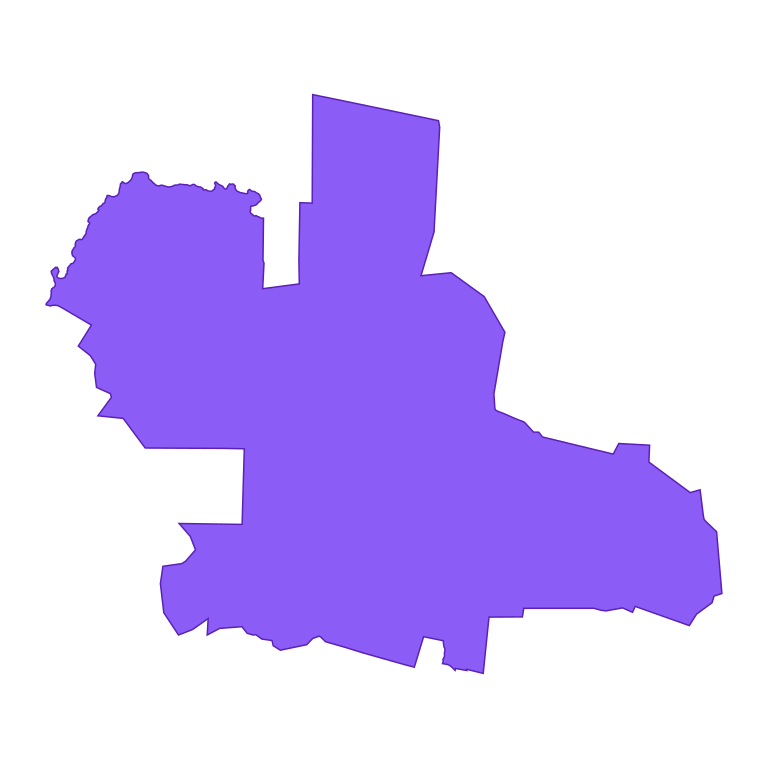 Bavispe, Sonora, Mexico (Albers equal-area conic projection)
{"feature_id": "50627088B39855980825322", "entity_name": "Bavispe", "entity_type": "district", "adm_level": 2, "iso_a3": "MEX", "parent_name": "Mexico", "parent_adm1": "Sonora", "projection": "albers", "projection_center": [-109.2, 30.646], "detail": "fine", "context": "isolated", "style": "filled", "palette": "violet", "viewbox_px": 768, "rotation_deg": 0, "n_neighbors": 0, "source": "geoboundaries", "source_scale": "gbopen_adm2", "svg_char_len": 5896}
<svg xmlns="http://www.w3.org/2000/svg" viewBox="0 0 768 768"><path d="M438.5,120.7L367.6,105.9L312.7,94.6L312.2,203.1L299.9,202.7L298.9,260.2L299.3,283.9L262.7,288.7L264.0,263.1L263.0,260.3L263.5,218.1L261.7,218.2L260.5,217.9L259.4,217.1L257.2,216.3L256.1,215.6L255.9,215.6L254.9,216.0L254.4,216.0L254.0,215.8L251.5,213.7L251.3,213.7L250.8,213.3L250.7,212.8L250.2,211.9L250.1,211.6L250.1,211.3L250.3,210.9L250.7,210.4L250.6,207.0L250.7,206.7L251.1,206.2L251.5,206.1L252.0,206.2L254.7,205.4L256.5,204.6L257.3,203.8L258.1,202.7L259.0,202.1L260.6,200.6L261.4,199.5L261.4,199.2L261.3,198.8L260.9,198.2L260.2,196.8L259.9,195.5L259.5,194.8L258.9,194.2L258.2,193.6L256.5,192.9L255.2,191.9L254.4,191.5L253.4,191.4L251.9,191.1L251.3,190.8L249.9,189.6L249.4,189.4L249.2,189.5L247.9,190.8L247.8,191.5L247.8,193.1L247.7,193.2L247.3,193.5L246.0,193.6L245.5,193.6L240.0,192.5L237.1,191.1L236.5,190.5L235.5,188.9L235.0,187.6L235.0,187.3L235.3,186.3L235.3,186.0L235.0,185.7L234.6,185.5L233.5,184.1L233.2,184.0L231.2,184.2L230.2,184.2L229.7,183.9L229.3,184.1L228.6,185.2L227.7,186.2L227.4,187.1L226.7,188.6L226.2,188.9L225.9,189.0L225.2,189.0L224.6,188.8L223.7,187.7L223.2,187.0L222.8,186.4L221.2,185.5L219.8,184.9L218.0,183.8L216.6,182.4L216.1,182.0L215.7,182.0L215.4,182.1L214.7,182.7L214.6,183.0L214.9,183.7L215.3,184.3L215.5,185.4L215.4,186.6L214.6,187.7L214.5,188.4L214.6,188.8L214.5,189.3L213.8,189.5L212.9,190.3L211.9,191.0L211.2,191.2L209.9,191.2L207.9,190.9L206.3,189.8L204.3,189.8L203.4,190.0L203.3,189.5L203.1,188.9L203.0,188.5L201.9,188.0L201.3,187.5L200.2,186.9L199.8,187.0L199.0,186.9L196.5,186.1L195.6,185.6L195.1,184.9L194.1,184.4L192.9,184.4L191.1,185.3L190.1,185.8L187.1,184.8L183.5,184.6L182.6,184.4L181.6,184.4L180.7,184.2L179.3,184.2L177.9,185.0L177.5,185.1L176.4,185.0L175.0,185.1L173.4,185.7L172.3,186.4L169.9,186.9L168.0,187.0L162.2,185.2L160.5,185.3L158.8,186.0L157.1,185.6L155.5,184.8L154.1,183.4L153.0,182.8L152.5,182.0L151.7,181.3L151.0,180.4L149.0,179.1L148.5,178.3L148.6,177.0L148.6,175.9L148.0,174.7L147.1,173.5L146.9,173.3L144.0,172.3L142.7,172.1L139.7,172.4L137.8,172.8L136.8,172.6L135.9,172.7L135.4,172.8L134.2,173.3L133.8,173.5L132.8,174.4L132.6,175.1L132.5,176.3L131.6,178.9L131.0,179.7L129.6,181.2L129.1,181.7L128.2,182.3L127.5,183.0L127.1,183.0L126.6,183.3L126.0,183.5L125.2,183.5L124.5,183.3L123.6,182.5L122.7,182.0L122.5,181.8L122.3,181.8L121.9,182.1L121.8,183.0L121.1,183.5L120.8,183.5L120.4,184.0L120.4,185.1L120.2,185.9L120.1,186.3L120.2,186.6L119.3,189.4L119.2,191.9L119.0,192.8L118.0,194.6L117.5,195.1L116.6,195.7L115.4,196.3L114.2,196.7L113.4,196.7L111.4,196.6L110.0,195.9L108.5,195.5L107.8,195.4L107.2,195.6L106.9,195.9L106.9,196.7L106.8,197.3L106.6,197.6L105.9,198.6L105.4,199.8L105.1,201.0L105.0,202.3L104.7,202.8L104.2,203.2L103.2,203.4L102.4,204.3L101.7,205.5L101.1,206.0L99.8,206.4L98.2,208.2L98.0,208.7L97.9,209.2L98.0,209.5L98.7,209.9L98.8,210.1L98.7,210.4L98.0,211.5L97.1,212.4L95.8,213.6L94.4,214.3L93.7,214.3L92.9,214.6L92.1,215.4L90.0,217.0L88.8,218.3L88.5,219.2L88.1,220.8L88.0,221.0L87.9,221.2L88.0,221.4L88.6,222.0L89.5,222.8L89.6,223.5L89.4,224.0L88.6,224.8L88.3,225.5L87.9,226.6L87.7,227.9L87.1,228.6L86.2,231.5L86.1,232.5L86.2,233.2L85.9,233.9L83.9,236.5L82.8,238.5L81.7,239.6L81.3,239.7L79.7,239.3L78.9,239.4L78.4,239.9L76.8,240.7L76.2,241.1L76.0,241.5L75.3,243.6L75.2,244.8L75.5,245.8L75.2,246.5L74.8,247.2L74.2,247.7L74.0,247.8L72.3,250.6L71.9,251.8L72.3,252.0L72.0,252.7L71.9,253.5L72.2,254.2L72.3,255.1L72.7,255.8L75.3,257.9L75.4,258.4L75.4,259.1L74.9,260.6L74.7,261.0L73.3,262.9L73.0,263.3L72.7,263.4L72.2,263.5L71.7,263.7L71.1,263.7L70.2,264.9L68.7,266.6L67.8,267.7L67.6,268.4L67.6,269.2L67.9,270.4L67.2,270.8L67.2,272.5L67.1,273.5L67.0,273.8L66.3,273.9L65.6,275.8L65.4,276.1L65.1,277.1L63.6,278.0L63.1,278.2L61.7,278.5L60.6,278.5L58.3,278.1L57.2,277.1L56.9,276.4L56.9,275.7L57.5,274.7L58.0,273.2L58.4,272.4L58.9,271.7L58.1,268.9L57.6,268.4L57.4,267.7L57.3,267.4L56.2,267.8L56.1,267.7L56.0,267.4L55.9,267.4L55.7,267.3L55.4,267.4L54.2,268.6L53.4,269.2L52.6,269.9L52.3,270.4L51.8,270.6L51.5,271.1L51.2,271.3L51.4,272.3L51.4,273.1L51.6,273.4L52.3,275.0L52.9,275.9L53.3,276.7L53.7,278.2L54.2,279.6L54.2,280.1L54.0,280.7L54.5,281.4L54.7,282.0L55.3,283.0L55.3,285.1L55.1,285.9L54.4,286.7L54.1,287.2L53.2,287.6L52.3,288.6L51.7,288.8L51.6,289.9L51.1,290.6L51.0,291.0L51.5,293.3L51.0,294.4L51.1,296.2L51.0,296.7L50.2,298.2L50.2,299.0L49.9,299.5L49.1,300.2L48.5,301.1L47.2,302.4L46.5,303.4L46.2,303.9L46.1,304.3L46.1,304.8L50.5,306.0L52.3,305.3L56.2,305.3L58.0,305.7L60.3,306.8L91.4,325.1L78.3,346.1L90.4,355.7L95.7,364.3L94.7,373.4L96.5,387.4L110.4,393.7L111.4,397.3L97.9,415.8L123.2,418.4L145.2,448.0L224.7,448.4L244.3,448.8L242.1,524.4L179.1,523.5L190.3,536.4L195.5,549.9L187.2,559.3L186.2,560.7L181.9,563.6L162.9,566.3L160.4,583.7L163.8,612.7L178.5,635.0L192.6,629.5L208.2,618.5L207.2,635.0L219.6,628.4L241.9,626.7L247.2,633.3L253.5,635.1L255.7,634.6L261.9,639.1L272.0,640.5L273.2,645.7L280.3,650.2L306.7,644.7L312.8,638.4L319.3,636.2L320.6,636.9L325.5,641.7L346.0,647.6L363.0,652.9L405.2,664.8L414.3,667.2L423.6,636.7L443.2,640.7L443.7,645.2L443.9,646.3L444.2,647.4L444.8,648.7L445.0,649.8L444.4,653.2L444.5,656.2L444.2,656.9L443.0,659.2L443.1,662.0L442.8,662.6L442.5,663.6L448.0,664.6L449.4,665.3L451.7,667.0L455.1,670.4L455.6,668.5L466.8,670.5L466.6,669.3L483.2,673.4L489.0,617.1L522.4,616.9L523.8,608.3L593.9,608.3L601.3,610.3L606.0,610.9L622.6,607.9L632.5,612.3L635.2,606.4L689.3,625.6L696.5,614.2L712.1,602.7L714.0,596.1L721.9,593.5L716.6,531.8L705.3,520.9L704.1,519.4L703.4,516.1L700.1,489.8L690.2,492.6L648.9,462.1L649.6,445.2L618.8,443.5L613.2,454.1L542.5,437.0L538.8,432.2L533.5,432.1L524.3,422.1L514.8,418.4L503.9,413.6L497.4,411.1L495.3,409.9L494.9,408.4L493.9,394.0L502.7,342.3L504.9,332.3L484.2,296.6L451.2,272.7L421.0,275.7L434.1,231.7L434.2,228.5L439.7,127.2L438.5,120.7Z" fill="#8b5cf6" stroke="#5b21b6" stroke-width="1.5"/></svg>